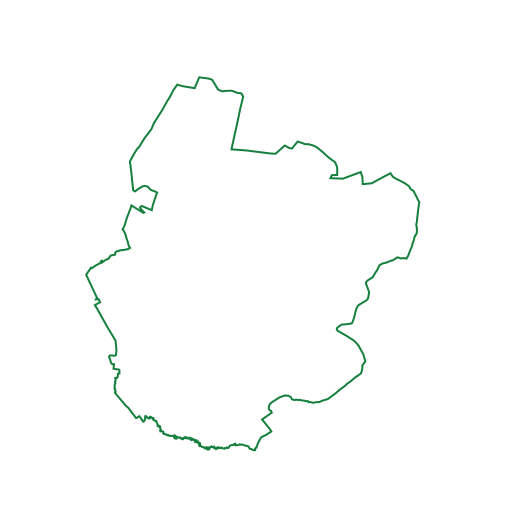 the district of Horodniceni, Suceava, Romania, rotated 165°
{"feature_id": "2599482B51819489942135", "entity_name": "Horodniceni", "entity_type": "district", "adm_level": 2, "iso_a3": "ROU", "parent_name": "Romania", "parent_adm1": "Suceava", "projection": "albers", "projection_center": [26.192, 47.518], "detail": "fine", "context": "isolated", "style": "outline", "palette": "green", "viewbox_px": 512, "rotation_deg": 165, "n_neighbors": 0, "source": "geoboundaries", "source_scale": "gbopen_adm2", "svg_char_len": 5995}
<svg xmlns="http://www.w3.org/2000/svg" viewBox="0 0 512 512"><g transform="rotate(165 256 256)"><path d="M333.0,398.8L341.1,391.2L342.6,390.6L347.2,386.4L353.3,380.0L353.7,378.3L353.6,377.5L354.9,368.4L357.6,351.5L357.4,350.9L356.2,349.7L355.9,349.7L352.4,351.3L347.4,352.6L345.6,352.6L342.9,351.2L342.2,350.4L341.2,348.1L340.3,346.9L335.8,343.7L335.1,342.7L336.7,340.7L342.7,331.5L344.8,327.2L353.4,333.9L355.4,333.1L355.5,332.4L354.1,329.3L352.7,327.0L353.5,326.8L363.3,337.1L364.9,334.4L371.0,326.0L375.0,319.5L378.0,316.2L377.2,314.6L376.5,310.3L376.5,306.6L376.2,303.2L376.3,298.4L375.5,296.5L377.9,295.7L379.0,296.0L381.4,295.9L385.8,296.7L388.0,296.4L389.4,296.6L390.7,296.0L391.1,295.5L391.6,294.0L392.0,293.8L396.3,294.0L397.8,292.9L398.7,291.7L399.2,291.6L402.5,291.1L406.3,289.6L406.1,291.0L406.1,291.4L406.5,291.5L408.1,289.7L408.7,289.4L413.3,288.3L417.1,286.9L417.7,286.8L418.5,287.4L419.3,286.4L420.8,285.4L424.9,281.8L420.4,256.7L421.8,255.6L419.2,255.0L418.6,251.7L424.4,250.2L423.3,246.9L417.7,224.9L413.6,210.7L415.1,201.4L417.0,196.4L418.8,196.3L421.0,197.3L423.0,197.7L423.7,197.1L424.1,195.9L423.7,194.3L423.7,190.4L422.9,188.8L421.2,188.2L422.8,184.0L417.9,181.8L417.5,181.5L417.5,181.0L417.6,180.2L418.1,179.2L418.1,178.8L418.7,178.3L418.6,177.9L419.6,178.1L419.9,177.8L420.7,175.5L421.2,174.5L421.8,174.2L422.9,174.7L423.7,174.5L423.6,173.2L423.9,171.6L424.7,171.2L424.9,170.5L424.8,169.3L425.6,168.6L426.1,167.5L426.3,166.4L426.7,165.6L426.9,164.8L426.5,164.3L426.8,164.0L426.9,163.3L426.6,162.7L426.9,162.3L426.7,161.2L427.4,161.0L427.6,160.6L427.5,160.0L420.3,144.7L418.8,142.7L413.8,130.5L413.4,130.4L410.2,131.5L409.1,128.8L408.0,125.4L407.6,125.1L406.7,125.4L405.8,126.8L405.0,127.6L404.9,127.8L405.1,128.6L404.2,130.1L403.8,129.9L403.4,128.7L402.6,128.2L401.9,126.9L400.8,126.6L400.1,126.8L400.0,127.2L400.5,127.7L400.2,128.0L399.3,128.0L398.7,127.0L396.9,125.8L397.1,125.3L397.8,124.9L397.5,124.4L396.7,123.5L396.2,123.4L395.8,122.5L395.0,122.3L395.0,120.8L394.8,118.7L395.0,117.2L394.6,116.9L393.9,117.4L392.7,116.0L393.5,115.5L393.2,115.0L392.8,112.6L393.8,112.3L393.7,111.3L392.4,111.1L391.3,110.5L391.0,110.1L391.0,109.2L391.6,108.7L391.4,108.2L390.8,108.2L389.4,106.9L388.5,106.8L388.0,105.7L387.0,105.8L386.2,104.6L385.9,104.4L385.2,104.5L383.6,103.8L381.1,103.9L380.4,103.0L381.8,102.3L382.0,102.0L382.0,101.5L381.5,100.8L380.3,100.1L380.1,100.1L379.9,100.5L380.2,101.9L380.1,102.1L379.6,102.2L377.4,100.4L376.4,100.5L376.1,99.5L375.2,99.3L375.0,98.4L374.0,98.0L373.7,98.9L373.2,99.0L372.4,98.6L372.2,99.2L371.1,99.5L370.9,99.3L371.1,98.4L369.8,98.5L369.8,97.8L369.6,97.5L368.4,97.5L368.1,96.9L367.8,96.8L367.3,97.7L366.8,97.7L366.3,97.2L366.5,95.8L366.4,95.0L366.2,95.0L366.0,95.9L365.6,96.2L364.7,96.0L364.6,94.9L363.4,94.9L363.2,94.5L363.2,92.9L363.1,92.6L362.8,92.8L362.7,93.4L362.4,93.7L361.8,93.8L361.1,93.4L361.1,93.2L362.3,92.2L362.4,91.9L361.1,91.2L361.0,91.5L361.2,92.0L360.2,92.0L360.2,91.4L360.4,91.0L359.6,90.8L358.6,89.9L358.6,89.4L359.8,89.2L359.7,88.8L359.1,88.4L359.8,87.8L359.8,87.1L359.4,86.9L358.7,87.4L357.4,85.4L355.9,84.9L355.6,83.8L354.5,83.2L354.1,83.3L353.8,84.1L353.1,84.2L353.0,83.8L353.5,82.6L353.4,82.1L352.7,81.5L352.1,81.3L351.1,81.4L350.8,82.2L351.5,82.8L351.3,83.3L350.6,83.4L349.0,82.9L348.3,83.5L347.9,82.8L347.2,82.6L346.7,82.0L345.8,82.7L345.6,82.4L345.6,81.0L344.6,79.8L343.9,79.9L343.9,80.9L343.3,81.0L342.2,80.4L341.8,81.0L340.6,79.7L339.9,79.6L339.4,80.0L339.0,80.0L338.3,79.2L336.6,78.1L336.0,78.5L335.4,78.1L335.0,78.1L334.0,78.7L333.1,77.8L332.7,77.7L331.0,78.7L330.3,79.5L328.7,79.7L326.9,79.3L326.2,79.9L324.7,80.1L324.6,79.8L325.0,78.7L324.8,78.4L321.9,78.0L320.4,78.3L319.6,77.6L318.4,77.6L314.9,75.3L313.3,74.7L312.4,73.5L312.2,72.2L311.7,71.2L310.2,70.6L309.3,69.4L308.6,69.0L307.0,68.7L306.7,70.3L305.1,70.8L305.1,71.4L304.3,72.0L303.3,73.7L302.0,75.4L298.3,79.2L297.5,79.7L293.6,80.3L286.6,82.5L287.2,84.7L292.4,96.5L281.3,100.6L281.6,102.4L282.8,103.7L283.0,104.2L283.1,105.5L282.8,106.6L282.1,107.9L281.0,109.2L279.5,110.2L276.8,111.2L269.6,113.4L263.7,113.8L263.0,113.2L260.9,112.8L258.7,110.4L258.4,108.4L256.5,107.0L255.4,106.8L254.4,107.0L252.7,105.9L250.6,105.7L249.5,104.8L246.8,103.8L245.2,102.7L243.5,102.5L242.9,101.1L241.4,100.9L238.7,99.4L235.4,99.2L232.6,98.5L229.6,99.1L223.8,99.2L214.8,102.7L209.9,105.1L203.0,107.8L201.6,108.8L197.1,110.4L191.6,113.1L191.0,113.1L190.6,113.6L189.2,113.8L184.9,115.5L182.4,119.7L181.6,122.8L177.7,125.9L177.7,133.0L180.2,143.0L182.1,147.0L184.1,149.8L189.0,155.2L196.2,162.3L197.0,163.7L196.6,165.2L194.3,166.5L190.9,167.6L187.2,166.8L181.3,166.1L180.3,166.6L177.5,170.5L174.0,177.0L172.8,178.9L170.5,181.5L168.1,182.5L161.2,184.4L159.2,185.6L158.5,186.5L156.2,191.4L156.1,192.1L156.9,200.9L156.6,201.8L156.1,202.5L154.7,203.4L148.8,205.3L144.6,209.4L143.1,210.5L139.1,215.1L136.0,216.0L131.2,215.9L126.9,216.6L125.1,216.4L119.7,218.1L116.5,216.1L114.1,215.8L112.2,215.1L111.3,214.5L110.7,215.3L108.9,216.8L107.5,219.0L105.9,221.0L105.6,221.6L102.4,225.6L102.2,226.6L99.3,230.7L98.1,233.1L97.0,234.5L95.8,235.2L94.6,237.0L93.3,241.5L93.4,242.3L93.1,244.8L91.8,247.4L87.7,258.0L84.4,265.6L84.7,267.4L85.3,269.5L85.4,270.6L87.1,278.4L88.2,279.2L89.2,280.6L89.8,281.8L89.8,283.0L90.4,284.1L93.2,287.5L97.2,291.3L100.8,294.4L103.3,297.1L104.7,301.2L125.5,296.3L134.3,297.8L132.7,305.2L133.0,307.0L133.0,310.0L152.1,308.2L163.9,311.9L161.9,314.4L156.6,313.3L154.8,319.8L154.7,321.2L155.1,324.6L155.6,326.5L160.0,331.8L164.5,338.9L168.0,343.8L170.1,346.3L173.0,348.5L176.8,350.6L179.2,351.1L186.1,355.8L193.5,350.5L195.9,351.7L199.6,355.2L200.0,355.1L210.6,349.7L215.8,351.4L237.6,360.3L252.1,365.4L237.2,394.1L234.0,400.7L227.1,413.3L228.1,416.9L228.3,417.1L231.3,418.1L236.6,421.9L242.3,423.3L245.8,423.7L248.8,425.9L249.6,426.8L252.6,437.2L252.9,437.7L255.9,439.7L264.6,443.3L271.8,434.0L282.7,438.9L287.7,441.9L292.9,437.6L298.3,431.6L301.7,428.6L308.4,421.6L320.1,410.9L324.3,405.5L333.0,398.8Z" fill="none" stroke="#15803d" stroke-width="2"/></g></svg>